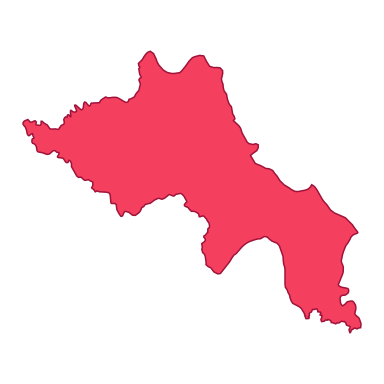 outline of Serejeka, Maekel, Eritrea
{"feature_id": "51966322B5616132358630", "entity_name": "Serejeka", "entity_type": "district", "adm_level": 2, "iso_a3": "ERI", "parent_name": "Eritrea", "parent_adm1": "Maekel", "projection": "mercator", "projection_center": [38.887, 15.455], "detail": "fine", "context": "isolated", "style": "filled", "palette": "rose", "viewbox_px": 384, "rotation_deg": 0, "n_neighbors": 0, "source": "geoboundaries", "source_scale": "gbopen_adm2", "svg_char_len": 5930}
<svg xmlns="http://www.w3.org/2000/svg" viewBox="0 0 384 384"><path d="M27.8,119.5L24.2,121.1L23.0,122.8L23.2,124.6L25.4,127.3L26.4,129.8L27.2,133.7L28.0,135.2L28.5,135.6L29.2,135.7L31.7,133.7L32.3,133.6L32.6,133.9L33.0,135.9L33.9,137.6L33.7,138.2L32.2,139.0L31.9,140.4L31.9,142.0L32.6,143.3L34.2,143.8L35.8,145.3L36.5,147.4L37.0,150.4L37.4,151.3L38.1,151.9L42.7,152.8L46.0,154.1L47.8,154.4L49.7,153.8L52.9,150.9L54.3,150.6L55.1,150.7L56.8,152.3L58.9,152.6L59.0,153.8L57.4,156.8L57.7,157.3L58.6,157.6L62.7,158.1L63.7,159.0L65.6,162.0L66.5,162.6L67.6,162.6L68.1,162.3L68.9,160.3L69.9,160.6L70.4,161.3L71.4,163.2L71.5,166.7L76.7,175.9L77.7,176.9L79.0,177.4L81.0,177.1L84.2,180.1L85.5,180.3L88.4,179.7L90.1,180.8L92.4,181.9L92.8,182.2L92.8,185.7L91.6,187.7L91.9,188.2L93.8,189.6L95.2,191.8L95.6,191.8L96.7,190.9L99.5,191.8L106.5,192.2L108.5,192.7L109.6,193.5L110.2,195.2L110.9,202.8L111.3,203.3L111.7,203.5L115.0,203.5L116.3,204.7L116.7,208.8L117.1,210.1L119.4,214.3L120.8,216.2L121.8,216.3L122.6,215.7L124.0,212.5L124.7,211.6L125.2,211.4L128.7,212.2L132.5,215.2L134.7,215.4L135.6,215.2L139.0,212.7L140.6,210.6L141.6,207.9L142.3,207.2L143.6,206.7L145.3,204.4L150.3,203.2L154.6,200.0L158.0,198.4L159.2,198.4L161.7,199.2L163.1,198.9L165.0,197.9L168.9,194.7L169.7,194.6L173.4,196.1L174.3,195.8L175.9,194.3L180.7,193.4L182.5,194.5L184.0,196.3L186.7,201.3L186.8,201.9L185.6,203.0L184.4,204.6L184.4,205.4L184.6,205.8L185.1,206.3L188.0,207.5L189.2,209.1L191.0,211.0L191.8,211.4L192.8,211.2L195.3,211.7L198.2,213.5L198.6,214.1L199.2,216.7L200.1,216.8L202.2,216.0L203.7,216.1L204.1,216.4L206.5,219.1L207.1,220.5L209.1,223.3L209.6,226.6L209.2,227.5L207.9,228.8L207.7,231.6L207.9,232.2L206.7,233.3L205.2,235.3L203.8,236.1L203.9,237.4L205.3,239.0L205.3,240.4L204.5,241.6L201.7,243.6L202.3,247.2L201.8,249.5L202.7,252.6L204.5,254.3L205.2,256.3L206.1,262.2L206.0,264.7L208.2,266.6L210.9,267.9L213.8,271.8L217.7,273.9L220.4,273.5L229.7,261.7L231.8,258.1L234.0,255.0L236.1,253.7L241.8,247.1L243.7,245.3L246.3,243.3L249.1,241.7L254.2,239.9L257.5,239.0L260.6,238.7L264.2,236.5L267.2,237.0L269.5,239.2L271.9,241.1L277.2,243.3L279.3,245.7L283.0,256.2L283.4,262.1L283.9,264.8L284.7,267.0L285.0,269.8L285.0,284.1L285.4,287.3L287.2,289.9L288.0,292.4L289.5,295.1L290.1,297.9L291.3,301.1L292.7,303.3L299.4,306.8L301.3,308.5L304.6,313.9L304.5,314.8L305.2,315.6L305.0,315.8L305.0,316.6L305.4,316.9L305.7,318.2L306.1,318.7L308.8,318.5L309.1,317.8L309.1,317.2L308.5,316.8L308.6,316.3L309.3,315.9L309.5,315.5L309.2,313.7L310.0,312.7L311.0,312.3L311.6,311.6L312.4,309.4L314.1,309.6L314.8,309.2L316.9,308.9L317.8,310.9L317.7,311.7L319.2,312.1L320.2,312.0L321.0,313.1L320.3,314.0L320.0,314.9L321.0,315.4L321.9,315.4L321.7,317.7L320.9,319.3L321.3,321.1L321.8,321.7L324.6,321.0L325.4,320.1L327.5,320.1L327.8,319.5L330.0,320.2L330.8,320.8L331.3,322.6L332.6,322.7L335.5,323.8L336.0,323.7L337.0,322.9L338.4,323.0L339.3,322.8L341.5,321.2L343.3,321.7L344.2,321.4L344.7,321.6L344.8,322.0L346.0,323.0L346.0,323.9L346.6,325.2L349.9,326.4L350.1,326.9L349.9,328.1L349.0,329.4L349.5,331.6L350.0,332.7L350.5,332.5L351.3,330.3L351.8,329.7L352.6,329.5L353.8,328.4L354.8,328.0L356.1,328.6L357.4,328.8L358.6,328.0L360.6,327.7L361.0,324.7L360.9,323.4L359.6,319.5L358.8,317.8L356.3,315.7L355.0,314.3L354.8,313.7L355.9,308.7L355.7,306.2L355.4,304.9L353.7,302.1L352.5,301.1L351.1,301.0L347.4,301.7L344.9,304.3L342.9,305.7L342.2,305.6L340.7,303.6L340.0,298.3L340.6,296.6L341.5,295.7L342.5,295.3L344.7,295.2L345.8,294.8L348.0,293.1L348.6,291.7L348.7,290.2L348.1,288.8L347.2,288.3L341.5,287.2L339.6,286.3L338.5,285.3L338.3,284.7L342.7,273.8L343.2,271.7L343.3,267.1L342.9,265.7L341.5,262.3L341.3,260.7L342.6,254.3L343.7,250.9L345.8,245.7L348.0,242.7L350.3,238.8L350.6,237.6L352.2,235.7L353.7,234.6L357.5,233.1L357.8,232.6L357.5,231.8L354.6,228.1L352.4,224.8L345.3,217.7L334.3,212.9L330.5,210.0L326.7,204.5L324.6,202.4L322.4,199.5L316.9,189.8L315.2,187.4L313.5,185.8L311.7,184.7L310.1,187.4L308.2,189.0L305.6,190.1L297.8,191.6L294.8,191.3L291.5,189.6L288.9,187.7L284.2,184.9L280.0,180.8L276.9,175.9L274.8,173.6L272.7,170.5L269.2,168.8L265.7,168.4L260.8,165.7L255.3,163.5L250.5,155.5L252.6,153.6L256.8,150.6L258.1,148.1L258.3,144.9L255.9,143.7L253.0,144.5L248.9,143.6L247.1,142.0L242.1,133.0L240.6,128.3L238.9,125.8L233.4,120.6L234.9,118.8L234.2,116.4L232.7,114.0L231.4,106.7L229.7,104.8L228.5,102.5L227.4,99.0L226.5,94.1L224.0,90.7L223.2,87.1L223.0,84.3L221.9,81.5L221.4,78.7L222.1,76.4L222.7,73.3L222.6,70.6L220.0,67.8L216.8,67.5L213.7,67.6L209.6,66.3L206.5,61.4L203.7,55.9L199.7,55.4L194.7,56.7L192.4,57.7L189.1,61.1L185.9,65.7L181.9,70.7L179.7,72.7L173.9,73.5L171.2,73.4L167.1,72.4L163.2,70.0L158.8,65.0L157.0,61.7L156.1,58.9L153.5,53.5L150.2,51.3L147.9,52.2L146.0,53.9L143.9,56.8L142.4,59.5L138.4,63.5L138.9,66.0L139.6,66.7L139.8,67.3L138.8,68.6L139.5,73.2L140.1,75.1L141.1,76.8L141.2,77.5L140.7,78.0L139.8,78.2L139.0,79.5L139.0,80.2L140.4,84.1L139.1,89.4L138.8,90.6L137.2,92.2L135.5,94.5L134.5,96.8L130.7,98.9L129.1,99.2L128.1,101.7L127.7,102.0L126.6,102.4L125.1,102.1L118.5,98.2L116.6,97.4L113.4,97.3L108.4,97.9L105.5,97.0L101.6,99.6L100.5,100.7L99.4,102.7L91.4,103.1L90.9,103.6L90.3,105.4L89.8,105.8L89.1,105.9L87.5,104.5L86.0,102.5L84.8,102.0L84.3,102.4L83.8,103.3L83.3,107.3L82.9,108.8L82.6,109.2L81.3,109.8L80.5,109.3L76.4,105.6L75.4,105.0L74.7,105.2L74.7,106.1L76.2,109.3L76.2,109.9L76.6,110.7L76.5,111.2L75.5,112.0L74.1,112.1L72.9,111.7L71.2,110.4L70.6,110.4L70.4,112.0L70.9,116.1L70.7,116.7L70.1,116.5L68.8,114.8L67.7,114.9L67.3,115.3L67.2,117.0L66.9,117.3L65.6,116.9L65.2,117.1L63.9,119.0L63.8,120.0L64.3,122.2L64.0,123.9L63.2,124.6L61.2,125.4L60.1,127.2L59.7,127.4L58.8,129.2L58.2,129.4L55.4,128.9L51.4,129.1L49.8,128.7L47.4,125.1L44.0,123.0L42.1,121.3L41.2,121.2L41.0,121.8L41.2,123.6L40.5,125.0L39.5,125.4L38.4,125.1L37.3,125.2L36.4,125.0L36.0,124.2L36.2,121.8L35.1,120.8L34.4,120.9L31.6,122.2L30.2,122.0L27.8,119.5Z" fill="#f43f5e" stroke="#9f1239" stroke-width="1.5"/></svg>